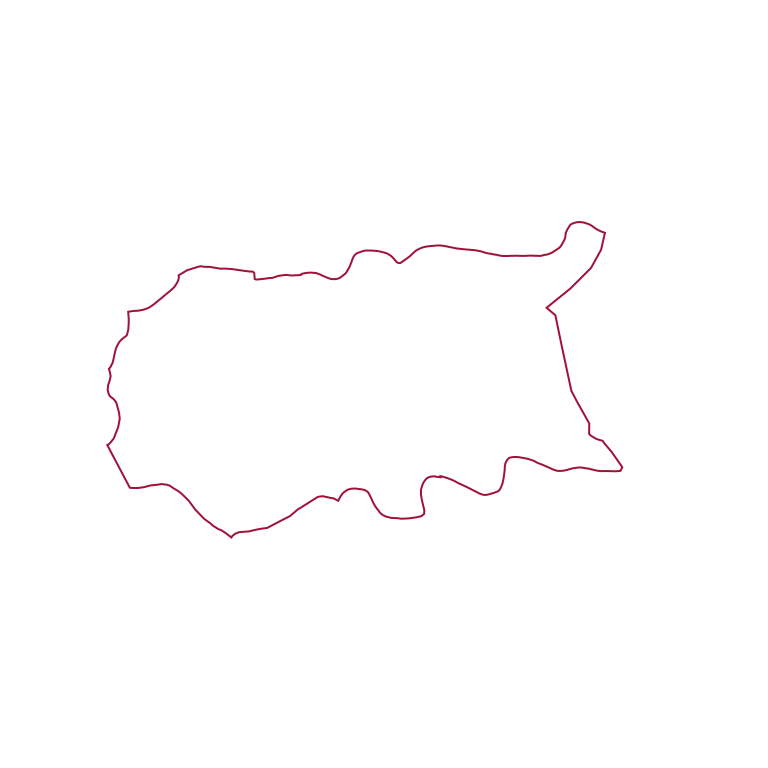 outline of La Courville, Micoud, Saint Lucia, rotated 325°
{"feature_id": "8701671B31446207074709", "entity_name": "La Courville", "entity_type": "district", "adm_level": 2, "iso_a3": "LCA", "parent_name": "Saint Lucia", "parent_adm1": "Micoud", "projection": "orthographic", "projection_center": [-60.926, 13.81], "detail": "fine", "context": "isolated", "style": "outline", "palette": "rose", "viewbox_px": 768, "rotation_deg": 325, "n_neighbors": 0, "source": "geoboundaries", "source_scale": "gbopen_adm2", "svg_char_len": 6166}
<svg xmlns="http://www.w3.org/2000/svg" viewBox="0 0 768 768"><g transform="rotate(325 384 384)"><path d="M215.9,178.1L212.0,184.6L209.8,187.7L205.9,192.6L202.3,195.8L201.0,196.7L195.3,196.9L191.8,197.6L189.4,198.6L187.9,199.3L184.5,201.4L181.6,203.9L178.1,207.2L175.9,209.2L173.5,211.2L171.2,212.3L169.8,213.2L167.3,213.8L166.4,216.7L164.6,220.8L160.9,224.1L157.4,226.7L154.2,230.4L152.9,234.0L152.4,236.6L153.9,241.4L154.1,245.5L150.4,255.8L147.6,260.9L141.6,266.8L131.4,273.6L126.6,275.0L123.6,275.5L122.3,275.3L116.3,323.2L119.1,325.5L122.5,327.9L127.9,330.7L134.8,333.3L140.9,336.7L144.1,338.2L148.1,341.7L150.1,344.2L151.9,349.0L154.2,354.2L155.3,357.9L155.9,361.0L157.1,367.7L157.4,379.0L158.9,388.6L159.4,391.5L162.1,399.4L162.6,402.0L165.2,408.1L166.6,409.9L168.6,414.7L171.0,422.2L172.7,421.5L176.2,421.3L180.2,422.2L188.9,427.3L194.7,429.6L199.2,431.5L205.8,434.9L223.1,437.1L231.4,438.3L232.3,438.2L234.0,438.0L241.4,437.3L245.8,437.6L254.1,438.0L265.1,438.5L269.4,440.7L275.6,447.4L277.1,448.8L279.5,453.4L281.3,452.4L284.2,451.0L287.4,449.9L288.9,449.7L293.6,449.7L297.3,451.1L299.7,452.6L301.4,453.9L303.0,455.5L304.6,456.8L306.7,459.0L307.9,460.7L308.7,462.7L308.8,464.1L308.6,466.3L308.0,470.1L307.7,471.9L307.2,474.2L306.7,478.9L306.7,481.8L306.9,484.8L306.9,487.2L307.8,490.6L309.7,493.9L313.1,497.8L317.9,501.5L319.2,502.7L320.9,504.3L322.8,505.5L325.0,506.9L327.6,508.5L332.1,510.8L334.2,511.8L338.8,513.7L342.4,513.4L344.3,511.0L345.8,507.6L347.6,502.9L349.1,499.4L351.1,495.4L353.6,491.9L355.7,490.2L357.7,488.6L360.2,487.2L363.4,486.1L365.7,485.8L368.7,486.5L371.9,488.2L374.0,490.3L376.9,492.9L377.4,491.9L378.5,493.0L380.0,494.9L380.5,495.6L381.9,497.4L384.0,500.4L384.6,501.4L385.2,502.3L386.5,504.7L387.3,506.4L388.1,507.8L388.4,508.5L388.8,509.1L390.0,511.2L390.4,511.8L390.8,512.6L392.0,514.6L397.2,524.2L398.0,525.8L398.9,527.6L399.5,528.7L400.0,529.3L401.1,530.9L402.1,532.0L403.2,532.9L403.7,533.2L404.9,533.8L406.8,534.6L408.2,535.1L410.8,535.9L412.3,536.4L414.0,536.8L415.4,537.2L416.7,537.3L417.4,537.1L418.9,536.6L419.4,536.3L420.4,535.8L421.5,535.1L423.7,533.7L424.9,532.6L425.4,532.1L426.5,531.1L427.1,530.6L428.9,528.7L431.1,526.4L432.3,525.0L432.7,524.6L433.2,524.1L435.4,521.2L436.6,520.0L437.1,519.4L437.7,518.8L438.8,518.1L439.7,517.6L441.6,516.8L442.3,516.6L442.9,516.5L443.7,516.4L444.3,516.4L445.6,516.8L448.0,518.0L449.3,518.8L449.8,519.1L450.7,519.8L451.7,520.6L453.0,521.8L454.8,523.6L457.8,526.7L458.7,527.6L459.9,529.1L460.5,529.9L461.3,531.0L461.7,531.5L462.9,533.3L463.3,534.2L463.6,534.7L464.3,536.2L464.7,537.0L465.7,538.4L466.6,539.7L467.4,540.9L468.6,542.9L470.0,545.1L471.5,547.6L472.4,549.2L473.8,551.5L475.3,553.5L476.1,554.5L478.1,556.0L479.5,556.9L480.1,557.3L482.1,558.3L483.7,559.0L486.1,559.9L487.0,560.1L487.7,560.4L490.4,561.4L491.6,562.0L492.4,562.4L494.6,563.5L495.9,564.3L496.7,564.8L497.7,565.6L498.8,566.6L499.7,567.5L500.4,568.2L501.1,568.9L502.7,570.4L506.0,574.0L507.2,575.5L508.2,576.5L509.9,578.2L511.6,579.7L513.5,581.0L514.8,581.9L516.3,582.9L518.4,584.4L522.1,587.2L524.7,589.0L527.3,590.4L528.0,590.8L530.5,589.4L531.5,588.8L531.5,570.1L530.5,559.1L530.5,556.0L526.4,550.8L523.9,545.1L523.4,542.5L529.5,534.1L532.0,509.2L533.5,497.2L552.0,453.4L563.8,426.0L560.9,414.8L591.5,412.7L620.1,407.7L638.9,398.5L651.7,386.9L651.3,386.4L649.0,383.0L647.3,379.9L646.3,377.5L644.9,373.4L644.2,371.9L643.3,370.3L641.0,367.3L640.7,366.8L639.9,366.0L638.3,364.5L637.2,363.6L636.5,363.2L635.9,362.7L635.3,362.4L633.7,361.7L632.3,361.2L631.5,361.0L630.0,360.6L629.1,360.5L628.2,360.5L627.4,360.7L626.5,361.0L625.8,361.3L622.8,362.6L620.7,363.8L620.0,364.2L619.3,364.7L618.9,365.3L617.4,367.0L616.8,367.6L616.2,368.1L615.8,368.5L614.4,369.4L613.2,370.0L611.4,370.9L609.8,371.7L608.4,372.3L607.8,372.5L607.0,372.7L606.3,372.8L605.7,373.0L605.1,373.0L598.4,372.8L596.5,372.7L595.2,372.4L592.9,371.8L592.3,371.6L591.1,371.2L590.6,370.8L588.0,369.7L586.7,369.3L585.3,368.6L584.7,368.1L584.1,367.8L583.3,367.1L581.9,366.0L581.1,365.5L579.8,364.5L578.0,363.1L576.3,362.0L575.8,361.6L574.9,361.1L572.8,359.8L570.1,357.9L566.7,355.4L564.8,354.0L562.9,352.8L561.9,352.1L560.3,351.0L558.6,350.0L557.9,349.6L557.0,348.9L554.8,347.3L552.2,344.9L550.3,342.7L548.4,341.0L546.3,338.7L543.9,336.4L543.0,335.4L542.5,334.7L541.9,334.1L539.6,331.1L537.8,329.2L537.1,328.4L536.0,327.3L534.0,325.5L528.2,320.7L522.1,315.4L520.8,314.2L519.6,312.9L518.4,311.6L516.7,309.9L514.4,307.4L512.0,305.0L510.6,303.7L508.8,302.3L507.6,301.4L505.7,300.3L500.3,297.2L497.3,295.6L495.8,295.0L494.5,294.5L493.2,294.1L491.6,293.7L489.5,293.4L488.0,293.2L485.8,293.1L484.4,293.3L483.7,293.4L481.9,293.6L480.4,293.9L479.0,294.1L476.9,294.2L475.5,294.3L474.4,294.3L473.2,294.3L471.8,294.3L470.2,294.3L467.4,294.3L466.7,294.2L466.0,293.8L465.5,293.3L464.7,292.4L464.4,291.9L464.3,291.3L464.2,290.6L463.9,286.8L463.7,285.7L463.6,284.7L463.3,283.7L463.2,283.1L462.9,282.2L462.0,280.2L461.6,279.3L461.3,278.7L460.9,278.1L459.6,276.5L457.0,273.5L455.7,272.1L453.8,270.4L453.1,269.8L452.5,269.3L451.7,268.6L447.9,265.8L445.7,264.3L445.0,263.9L444.2,263.5L443.0,263.1L441.7,262.7L440.4,262.3L439.0,261.9L437.0,261.4L436.4,261.3L435.8,261.3L434.4,261.5L433.8,261.7L433.2,261.9L431.8,262.4L430.6,263.1L429.4,263.9L427.8,265.1L425.2,266.8L422.3,268.7L421.7,268.9L419.0,270.2L417.9,270.7L416.3,271.2L415.5,271.4L414.8,271.4L413.9,271.5L413.0,271.6L411.8,271.6L410.9,271.7L409.4,271.7L408.7,271.7L408.0,271.6L405.7,270.9L404.4,270.2L403.4,269.6L402.0,268.6L401.3,268.0L400.7,267.4L400.3,266.9L399.5,265.9L397.7,263.1L396.5,261.2L394.9,258.5L394.2,257.2L393.4,256.1L392.0,254.1L387.7,250.6L383.7,248.2L379.5,246.5L378.7,247.0L377.8,246.7L370.5,242.1L366.2,238.3L359.6,234.9L353.3,233.0L350.6,231.3L345.8,228.9L339.3,225.2L338.3,223.9L341.4,218.6L341.0,216.7L338.1,214.5L333.7,210.5L326.1,203.3L319.9,198.2L316.4,195.9L313.8,193.4L308.4,188.1L303.7,184.7L302.2,183.0L299.4,181.5L288.0,177.9L278.1,177.2L276.9,179.3L274.8,181.2L271.9,182.7L268.4,184.1L266.3,184.6L262.2,185.1L255.7,185.5L251.5,186.0L247.4,186.2L241.8,186.7L235.9,186.7L232.7,186.1L228.6,184.8L224.2,182.7L220.6,180.4L215.9,178.1Z" fill="none" stroke="#9f1239" stroke-width="2"/></g></svg>